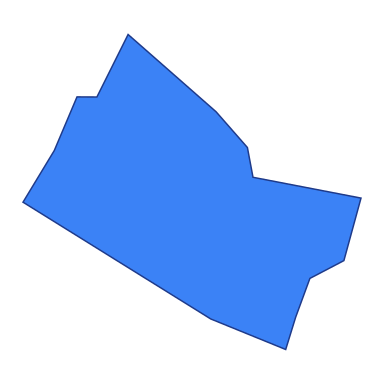 the Parish of Saint Thomas Middle Island
{"feature_id": "KNA-5111", "entity_name": "Saint Thomas Middle Island", "entity_type": "Parish", "adm_level": 1, "iso_a3": "KNA", "parent_name": "Saint Kitts and Nevis", "parent_adm1": "", "projection": "orthographic", "projection_center": [-62.788, 17.332], "detail": "fine", "context": "isolated", "style": "filled", "palette": "blue", "viewbox_px": 384, "rotation_deg": 0, "n_neighbors": 0, "source": "natural_earth", "source_scale": "10m", "svg_char_len": 305}
<svg xmlns="http://www.w3.org/2000/svg" viewBox="0 0 384 384"><path d="M285.7,349.5L210.8,319.0L23.0,202.2L54.3,150.5L77.0,96.9L96.9,97.0L128.1,34.5L216.1,111.8L247.4,147.5L253.0,177.3L361.0,198.1L343.9,260.6L309.9,278.4L295.7,317.1L285.7,349.5Z" fill="#3b82f6" stroke="#1e3a8a" stroke-width="1.5"/></svg>